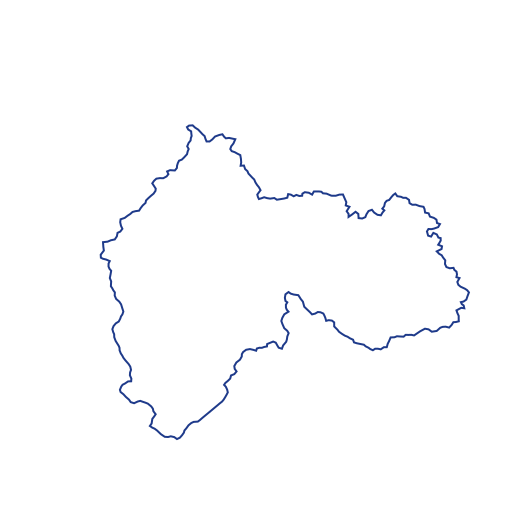 Ibiúna, São Paulo, Brazil (Robinson projection), rotated 245°
{"feature_id": "56859067B99377523473058", "entity_name": "Ibiúna", "entity_type": "district", "adm_level": 2, "iso_a3": "BRA", "parent_name": "Brazil", "parent_adm1": "São Paulo", "projection": "robinson", "projection_center": [-47.22, -23.81], "detail": "fine", "context": "isolated", "style": "outline", "palette": "blue", "viewbox_px": 512, "rotation_deg": 245, "n_neighbors": 0, "source": "geoboundaries", "source_scale": "gbopen_adm2", "svg_char_len": 5443}
<svg xmlns="http://www.w3.org/2000/svg" viewBox="0 0 512 512"><g transform="rotate(245 256 256)"><path d="M176.5,80.7L174.1,83.3L174.1,87.4L173.6,89.9L171.8,91.7L169.8,93.8L167.9,95.6L163.9,97.5L161.2,98.0L158.6,97.4L155.0,98.2L153.6,95.9L152.2,93.2L148.3,90.6L146.8,88.0L144.2,89.5L142.4,91.1L139.6,92.6L134.7,94.5L130.7,96.9L129.1,99.8L128.6,102.6L126.4,105.4L123.5,107.0L123.5,110.2L124.8,113.2L126.4,116.0L128.1,117.4L129.2,119.9L131.1,123.3L132.0,126.8L132.0,129.4L130.5,133.3L131.0,135.7L132.0,139.2L134.9,150.3L136.0,154.4L137.0,158.2L137.7,160.7L138.4,163.7L139.5,166.0L141.2,168.6L142.7,170.7L144.3,172.8L147.1,173.4L150.3,173.4L152.7,172.6L153.9,174.6L154.7,177.7L155.8,180.8L158.3,182.9L158.1,186.4L159.6,189.6L162.7,189.0L165.4,189.8L167.8,193.2L168.8,197.6L170.9,200.6L173.0,201.7L174.4,203.7L175.2,207.4L174.2,211.2L172.0,214.0L170.1,216.1L171.8,217.7L171.4,220.3L170.3,222.6L170.1,225.0L169.4,227.7L171.5,228.9L171.2,235.4L169.1,237.3L166.0,237.5L163.3,237.8L161.0,240.3L163.5,242.8L165.5,247.1L167.3,248.7L169.9,250.4L172.3,253.0L175.0,252.7L178.6,251.1L183.3,251.2L186.4,251.5L188.8,253.7L191.2,257.0L191.8,261.9L194.3,261.2L196.5,261.3L199.2,262.5L200.8,264.8L202.8,263.7L205.9,264.5L208.8,266.5L209.6,270.2L207.2,271.6L205.2,273.8L202.6,277.8L200.5,278.1L198.0,278.4L194.8,279.2L189.6,278.3L186.5,279.5L182.2,281.2L179.4,282.1L178.8,285.3L179.1,288.3L177.8,290.6L175.4,292.7L173.3,292.8L170.7,292.7L167.6,292.2L167.1,294.8L165.4,297.5L162.8,298.8L159.1,297.1L154.7,298.7L152.3,299.2L149.1,301.0L146.2,302.9L144.1,304.9L141.8,306.3L139.1,308.6L136.3,308.3L134.3,310.5L131.7,314.0L130.0,316.3L127.8,317.2L125.3,319.2L123.4,320.2L121.2,322.1L121.6,324.8L120.3,327.5L118.7,329.6L119.3,333.3L118.1,336.0L120.8,338.3L122.5,340.5L125.3,343.6L123.8,347.2L123.7,349.8L122.2,352.5L120.5,355.7L121.3,358.3L120.1,360.7L118.9,363.5L117.2,365.7L117.9,369.9L118.4,373.0L118.7,378.4L116.6,381.4L113.1,383.3L111.7,388.1L113.1,392.7L112.9,395.2L111.8,398.0L109.5,400.8L110.8,404.1L112.6,406.9L111.7,409.2L111.1,412.2L113.1,413.0L116.1,414.4L119.0,414.4L122.0,414.7L122.3,420.1L120.6,422.7L123.4,423.3L125.4,422.2L127.6,422.2L127.0,424.8L127.6,428.2L130.2,430.7L133.0,433.6L135.8,432.9L138.1,431.5L140.0,429.9L141.8,428.4L144.4,427.2L147.4,427.5L150.0,431.1L152.1,428.7L154.4,430.4L157.1,431.1L159.6,429.9L161.8,430.0L163.0,426.4L165.5,423.9L168.9,423.9L172.1,425.7L175.6,424.9L178.2,424.6L180.6,422.9L183.8,421.8L183.9,427.1L186.2,428.7L189.2,425.9L190.5,427.9L191.9,429.9L194.2,430.9L195.6,429.1L199.1,429.0L202.0,426.5L199.6,422.9L201.7,420.6L206.0,421.3L207.6,423.7L206.2,426.3L205.6,429.0L205.2,433.3L207.2,436.2L209.4,434.0L212.7,434.9L215.4,433.3L218.2,430.3L221.7,430.5L223.9,427.6L227.4,428.6L229.8,428.6L232.2,425.2L235.0,422.5L236.4,419.3L239.0,417.5L242.2,418.4L245.4,416.5L246.5,414.0L248.4,412.4L250.5,409.3L253.8,408.7L253.3,406.2L252.1,403.5L250.5,400.4L250.8,397.7L249.6,395.3L246.8,393.1L245.5,390.5L243.1,391.6L241.9,389.0L240.1,386.4L242.0,383.5L245.5,381.4L248.9,380.6L249.2,377.0L247.1,373.7L245.0,371.5L245.1,368.1L247.0,365.0L250.9,366.5L254.0,364.9L253.0,360.5L252.3,356.4L255.0,357.7L258.3,357.1L261.1,361.5L263.9,358.7L266.6,360.6L271.8,360.7L275.0,360.8L276.4,357.5L276.9,353.8L278.8,349.8L282.7,346.3L284.5,343.2L286.6,342.4L287.9,340.3L290.0,335.7L287.9,332.8L291.0,330.6L293.2,327.2L292.9,324.4L291.1,323.3L292.1,320.6L294.3,318.4L294.2,315.4L296.9,313.5L298.5,311.3L295.6,309.0L296.2,305.8L297.2,302.2L298.2,298.7L300.8,297.1L302.0,293.1L303.7,290.6L305.8,288.2L306.0,285.5L306.4,282.7L308.7,282.7L311.1,283.1L312.4,285.4L313.7,287.9L317.1,287.7L319.9,287.0L322.9,286.6L326.1,286.7L328.7,285.7L331.2,284.9L333.9,284.0L336.5,284.1L339.4,282.9L343.1,283.3L344.3,280.2L347.0,282.1L350.4,283.4L354.1,284.4L356.6,282.4L359.1,280.6L361.3,278.3L363.8,277.9L365.9,279.9L367.5,283.1L370.6,286.6L372.2,284.4L374.4,281.5L375.4,278.4L377.6,277.5L380.5,277.0L381.2,274.0L381.6,269.4L380.1,265.6L379.4,262.3L380.7,259.6L383.4,259.7L386.4,260.1L388.9,259.0L391.7,258.1L395.0,257.0L398.0,255.1L401.2,253.8L402.5,250.4L402.0,247.9L399.3,248.0L396.4,249.9L394.5,249.2L392.0,248.4L390.4,246.8L388.3,245.5L387.0,242.8L384.5,240.0L381.4,240.2L379.8,238.4L377.4,236.5L375.7,232.4L374.7,229.5L374.9,226.5L373.2,224.4L371.2,222.6L369.2,221.5L367.8,218.6L370.1,214.4L370.2,211.2L367.2,211.2L365.9,208.6L365.7,204.9L367.3,201.5L368.2,198.4L367.3,195.5L365.7,192.7L362.3,193.2L359.4,193.6L357.5,192.4L355.8,189.5L355.0,186.4L353.9,182.8L352.8,179.8L350.8,178.3L349.7,174.7L348.1,171.6L346.5,169.2L347.6,165.6L348.1,162.7L347.2,159.7L346.8,156.8L346.0,153.1L346.5,148.8L344.0,147.2L340.5,146.4L337.1,146.4L335.5,143.3L335.5,140.3L332.6,138.2L330.7,135.0L331.6,131.1L331.7,127.6L333.2,123.2L328.8,121.5L325.2,120.4L322.8,115.8L320.0,114.7L318.2,116.1L316.1,118.7L313.2,121.3L311.5,119.2L308.8,117.9L306.3,117.8L303.8,118.5L300.8,116.4L297.8,114.2L294.2,114.0L291.8,112.7L289.9,111.7L287.5,112.1L285.1,112.2L282.7,112.7L279.8,111.2L276.2,111.1L272.4,112.8L269.2,113.3L265.6,112.8L261.7,112.3L259.5,110.2L258.3,108.1L256.6,106.5L254.6,103.9L254.2,100.5L252.7,97.3L250.4,94.9L247.3,94.4L245.1,94.4L242.3,93.2L238.3,92.9L232.6,93.6L230.5,93.5L228.1,92.5L224.8,92.3L222.3,92.7L219.8,92.8L216.7,93.5L211.9,94.9L208.9,95.3L205.6,94.6L203.7,92.7L201.2,91.3L197.5,91.2L195.2,89.9L196.4,87.1L195.8,83.3L195.7,80.7L194.6,78.7L192.2,76.1L189.9,75.8L186.8,77.4L183.3,78.5L179.5,80.2L176.5,80.7Z" fill="none" stroke="#1e3a8a" stroke-width="2"/></g></svg>